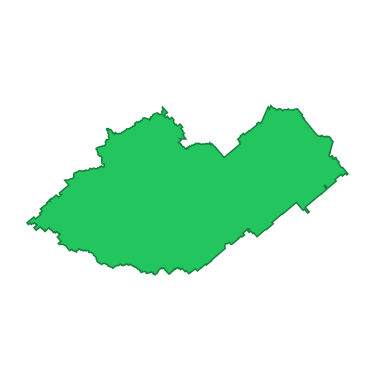 outline of Wagga Wagga, New South Wales, Australia, rotated 131°
{"feature_id": "25037944B76630671058420", "entity_name": "Wagga Wagga", "entity_type": "district", "adm_level": 2, "iso_a3": "AUS", "parent_name": "Australia", "parent_adm1": "New South Wales", "projection": "mercator", "projection_center": [147.38, -35.186], "detail": "fine", "context": "isolated", "style": "filled", "palette": "green", "viewbox_px": 384, "rotation_deg": 131, "n_neighbors": 0, "source": "geoboundaries", "source_scale": "gbopen_adm2", "svg_char_len": 6058}
<svg xmlns="http://www.w3.org/2000/svg" viewBox="0 0 384 384"><g transform="rotate(131 192 192)"><path d="M76.1,86.2L74.7,94.5L75.6,95.8L75.5,96.3L74.1,100.0L74.0,100.9L73.0,100.7L72.5,104.3L71.6,105.7L71.7,106.3L72.3,106.6L73.2,106.6L73.6,106.0L74.5,106.6L74.5,108.0L73.1,108.6L72.5,110.0L72.8,110.2L73.6,109.6L74.0,109.9L74.9,111.4L74.5,112.2L74.6,112.6L72.4,113.7L72.2,113.2L68.1,115.6L61.4,118.6L61.0,121.5L60.2,122.9L60.3,125.0L61.0,126.0L61.6,126.2L61.5,126.6L62.2,126.8L62.1,127.5L63.5,128.1L64.0,129.4L63.9,130.5L64.2,131.3L64.7,131.5L65.1,130.9L65.9,131.2L65.9,132.1L66.8,133.2L67.0,135.6L63.6,156.0L63.0,155.5L62.4,159.5L61.3,159.3L60.1,167.3L60.9,167.4L62.3,169.0L63.7,169.3L66.3,172.5L66.1,173.9L67.7,174.1L69.2,176.5L71.4,176.9L71.0,179.2L72.4,181.3L74.8,181.7L74.4,184.3L75.5,186.0L75.0,189.2L78.6,188.0L77.8,190.3L94.8,185.0L95.2,186.7L96.0,187.6L98.0,187.9L98.2,187.0L108.5,188.6L108.5,189.1L114.4,190.1L114.1,191.7L118.1,192.3L118.5,191.6L122.3,192.1L122.9,188.2L123.8,188.4L124.0,187.1L144.9,190.4L142.7,204.6L143.1,204.7L142.5,208.7L144.3,209.0L143.0,210.9L144.6,210.7L145.1,211.9L145.8,212.1L146.1,212.9L146.3,212.6L146.8,212.8L147.1,213.7L148.2,214.4L148.5,215.4L149.8,215.9L150.4,216.8L150.3,217.7L150.7,218.1L150.7,218.6L151.2,218.6L151.4,219.5L152.3,220.4L152.9,220.6L153.1,221.2L153.7,220.9L154.4,221.4L154.8,221.2L157.0,223.0L157.6,222.6L158.4,222.8L158.9,223.9L159.7,223.5L160.2,223.7L160.3,224.3L161.4,224.4L162.0,223.8L162.1,224.8L163.7,224.8L163.3,228.0L164.0,228.9L163.7,229.7L163.8,230.5L163.1,231.1L163.6,231.6L163.0,232.6L163.1,233.7L163.7,233.7L163.5,234.7L160.0,234.2L159.7,236.3L158.3,233.9L156.0,231.4L155.3,235.5L154.7,235.4L154.5,236.6L152.8,236.3L152.4,239.2L151.8,239.1L151.4,241.9L149.2,241.6L148.6,245.6L151.8,246.1L151.4,248.6L152.2,248.8L151.9,250.8L150.5,252.6L149.5,252.8L148.9,256.2L151.7,256.7L151.1,260.3L153.2,260.6L152.8,263.0L151.7,262.8L151.6,263.5L149.2,263.2L149.2,262.8L148.2,262.7L147.3,269.9L148.2,269.2L148.8,267.8L150.0,267.2L150.8,267.8L153.1,265.4L153.8,266.5L155.1,267.2L154.7,269.2L155.5,270.4L159.0,272.2L160.5,271.7L161.8,271.9L162.5,272.5L163.9,271.3L164.4,271.9L165.2,271.6L165.1,272.3L165.8,272.9L167.2,276.6L168.3,277.4L171.0,276.7L171.7,277.7L172.3,277.4L173.5,277.7L173.7,278.2L174.8,278.2L175.6,280.0L177.4,279.8L178.0,280.3L178.8,278.7L180.1,278.7L180.7,279.7L182.6,279.9L183.6,280.5L185.8,281.0L187.1,282.6L189.0,282.5L190.1,283.1L191.7,283.3L193.3,284.2L194.0,283.8L197.5,287.1L197.2,288.6L198.7,288.3L199.5,288.9L198.7,289.9L199.4,290.3L199.5,290.9L198.7,292.0L198.2,294.2L199.2,295.5L198.8,296.6L200.3,297.8L201.3,296.6L201.2,295.3L202.7,294.0L203.1,292.5L204.8,291.6L205.6,290.0L206.6,289.3L207.8,289.7L208.5,291.0L209.2,290.3L209.8,290.6L211.0,290.4L212.5,288.4L215.2,288.6L215.5,289.4L217.7,290.9L220.8,292.6L222.5,292.7L222.5,291.4L223.5,290.0L224.1,288.3L225.3,287.9L225.6,286.1L225.3,284.6L224.8,284.5L224.8,283.8L225.2,282.4L226.6,281.7L229.3,279.0L229.6,278.2L228.5,276.7L230.2,274.9L230.4,275.3L231.4,275.5L231.5,276.2L231.8,276.6L231.7,277.3L232.7,277.9L233.4,277.6L233.5,278.1L235.0,278.2L235.7,279.1L236.4,278.8L237.4,279.5L238.0,280.4L238.1,281.5L239.2,282.4L240.9,282.8L241.0,284.4L243.8,284.3L245.4,286.7L246.4,286.5L246.8,287.5L248.1,288.0L248.4,289.2L249.1,289.7L249.8,291.0L251.9,291.9L252.9,292.0L253.6,292.3L253.8,292.9L255.1,293.2L256.4,292.9L258.2,290.9L259.6,290.8L260.8,291.3L261.9,292.4L263.7,293.0L266.6,295.8L267.6,289.5L279.7,291.5L280.4,290.3L280.3,289.7L279.4,288.6L283.7,289.3L283.3,290.0L283.4,292.5L289.2,293.3L289.1,293.9L291.4,294.4L291.9,294.4L292.1,293.2L292.5,294.1L295.4,294.6L295.5,293.8L296.6,293.8L304.2,295.3L304.7,292.5L308.1,293.1L308.3,291.3L315.0,292.4L314.6,294.9L323.5,296.3L323.9,294.0L321.7,293.6L322.0,291.9L320.2,291.6L319.9,290.9L318.5,290.7L318.8,288.7L318.3,288.6L318.5,287.3L322.6,287.9L323.1,284.5L317.8,283.6L318.2,281.3L317.8,281.3L318.4,277.1L317.9,277.0L316.7,277.8L316.6,276.8L313.0,276.7L313.4,274.0L312.8,273.9L313.5,269.8L312.2,269.6L312.5,268.1L310.5,267.8L311.0,264.9L310.3,264.8L310.5,263.6L314.3,264.2L315.2,258.6L318.5,259.2L318.7,257.8L316.2,255.3L315.3,251.6L316.6,246.3L316.3,245.7L314.5,245.5L314.2,245.0L314.1,244.6L314.5,244.1L313.1,239.8L312.3,240.3L310.5,239.9L309.4,240.4L308.7,239.0L308.8,237.6L307.9,236.9L307.8,235.8L307.4,234.9L306.2,234.9L306.2,234.5L305.7,233.8L305.9,233.2L304.3,232.2L304.2,231.6L305.3,230.0L303.7,228.5L303.6,226.2L304.2,224.7L304.2,221.5L305.7,220.0L305.8,218.9L306.6,218.2L306.4,217.6L306.7,217.1L306.6,215.8L306.3,215.2L306.6,214.3L306.0,213.8L305.8,212.4L305.2,212.5L303.3,211.7L303.1,210.4L302.6,209.7L302.9,209.1L302.2,208.0L303.0,206.4L302.3,205.4L301.5,203.0L301.6,201.8L298.5,201.2L296.3,200.1L295.9,199.2L293.3,198.8L293.5,197.3L293.4,196.8L292.8,196.5L292.7,195.5L291.2,195.4L290.7,194.6L289.1,194.0L289.2,193.0L288.6,191.6L287.3,191.4L286.4,187.2L286.1,187.2L286.3,186.9L286.2,185.5L285.5,184.8L285.7,183.5L285.6,182.0L285.1,181.0L285.8,180.0L285.2,179.3L286.2,177.6L283.3,176.0L282.6,174.8L283.3,173.1L283.0,172.5L281.3,171.9L281.1,171.3L280.2,170.7L279.1,170.5L278.8,169.0L278.4,168.7L279.0,168.3L279.4,166.7L278.5,166.1L278.5,165.4L275.4,165.1L272.8,165.9L269.5,165.3L269.8,164.6L269.0,163.8L268.0,163.9L267.7,163.5L268.4,161.6L269.1,155.4L263.4,154.5L263.4,155.1L261.0,154.8L261.2,153.8L258.6,153.6L258.8,151.9L257.8,151.7L258.1,149.7L256.1,149.4L256.7,144.9L255.1,144.6L255.7,140.8L247.8,139.1L248.1,136.1L237.3,134.4L237.8,133.2L231.0,132.1L230.9,132.6L212.7,129.9L211.4,131.7L209.4,132.9L208.4,132.2L207.9,131.4L205.6,131.0L206.0,128.3L205.5,127.6L197.1,126.3L197.1,126.6L193.1,126.0L193.2,124.8L189.9,124.2L189.8,126.6L183.3,125.7L182.4,124.4L184.5,124.7L185.0,122.3L183.0,122.1L183.4,118.8L182.3,118.6L183.1,113.6L172.5,112.1L171.9,111.3L162.7,109.8L162.4,111.7L149.4,109.6L149.5,109.2L131.4,106.4L133.0,96.1L131.3,95.9L132.0,90.8L130.1,90.5L129.2,96.6L109.3,93.5L109.4,93.1L101.4,92.2L100.8,96.2L99.6,96.0L100.2,92.0L89.1,90.3L88.7,92.3L80.9,91.0L81.3,88.9L77.2,88.3L77.5,86.4L76.1,86.2Z" fill="#22c55e" stroke="#15803d" stroke-width="1.5"/></g></svg>